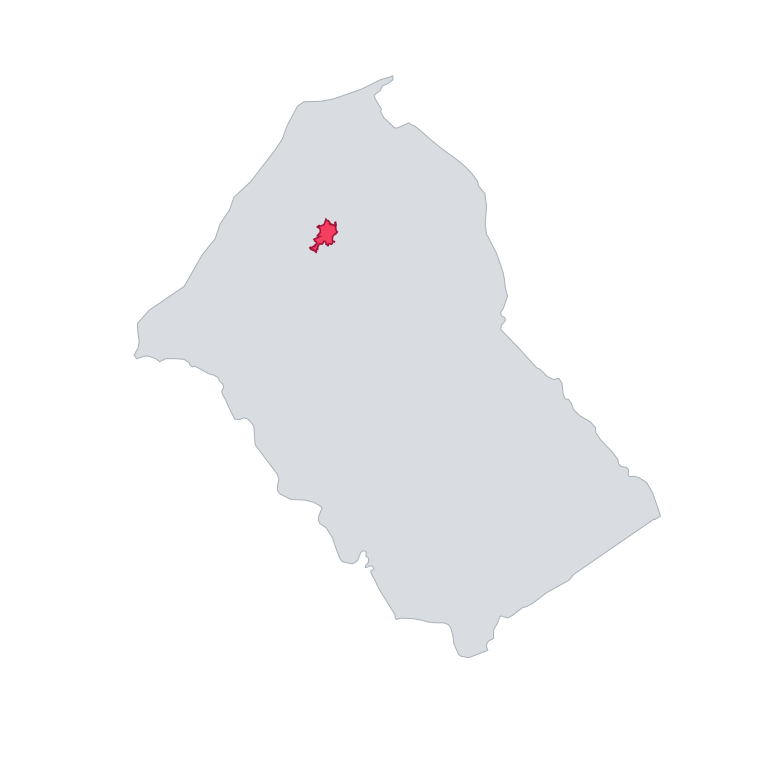 location of Adansi Asokwa, Ashanti, Ghana, rotated 146°
{"feature_id": "2480657B45906044715427", "entity_name": "Adansi Asokwa", "entity_type": "district", "adm_level": 2, "iso_a3": "GHA", "parent_name": "Ghana", "parent_adm1": "Ashanti", "projection": "mercator", "projection_center": [-1.382, 6.167], "detail": "fine", "context": "in_parent", "style": "filled", "palette": "rose", "viewbox_px": 768, "rotation_deg": 146, "n_neighbors": 0, "source": "geoboundaries", "source_scale": "gbopen_adm2", "svg_char_len": 7121}
<svg xmlns="http://www.w3.org/2000/svg" viewBox="0 0 768 768"><g transform="rotate(146 384 384)"><path d="M466.7,109.7L472.2,115.0L473.4,118.0L471.4,129.4L467.4,137.3L464.9,144.8L465.2,148.5L467.7,152.3L476.0,158.1L480.3,161.9L485.4,167.7L491.2,173.3L501.2,180.6L505.4,181.9L505.3,184.0L503.9,186.8L502.9,214.1L502.2,221.1L501.5,224.6L500.5,234.8L499.5,236.3L497.6,236.2L495.9,236.5L495.4,238.6L496.1,240.6L502.1,242.1L500.8,243.7L496.4,245.0L494.3,248.1L495.2,251.6L492.7,254.4L493.4,256.3L495.0,257.7L497.6,257.2L504.6,252.5L507.6,252.0L511.2,252.9L517.9,260.1L518.2,263.6L515.5,275.6L512.8,284.8L512.3,297.1L515.1,304.0L514.7,307.8L511.7,311.1L504.7,315.9L505.3,319.1L508.4,325.2L514.3,331.9L525.7,340.2L531.8,351.1L531.9,355.5L528.4,360.0L524.3,363.8L522.9,369.3L524.8,405.7L515.7,421.4L515.6,425.9L516.5,431.1L518.9,434.3L523.6,435.2L527.3,438.2L526.0,449.3L524.0,460.6L523.7,466.0L522.6,468.6L519.0,470.7L517.7,474.3L518.6,478.6L517.9,481.9L519.9,486.1L524.0,491.3L530.6,504.3L533.1,505.3L534.3,508.1L533.6,510.7L536.1,516.4L543.5,522.2L551.2,527.2L557.5,527.9L559.0,532.4L563.1,538.1L566.1,540.6L570.8,542.2L574.8,543.1L574.9,547.9L567.9,551.2L563.1,556.2L559.5,563.8L554.5,572.1L537.2,576.5L530.5,576.5L495.0,576.7L461.7,593.1L442.6,598.9L430.8,608.1L414.9,614.7L403.9,622.7L380.9,626.5L343.2,639.0L331.4,643.9L319.5,652.6L300.1,662.8L292.5,662.7L277.3,653.2L265.9,648.4L237.9,641.1L217.1,638.3L207.0,635.1L204.3,634.6L206.6,631.2L212.4,630.9L218.5,632.0L223.2,629.4L230.0,629.0L231.7,626.3L232.3,619.4L232.2,613.9L234.6,611.4L235.2,604.8L231.9,590.3L229.5,588.7L217.3,586.6L216.4,583.7L214.2,580.7L211.9,573.2L209.2,562.1L205.0,548.3L196.8,525.5L194.8,517.4L193.4,509.2L193.1,499.4L194.8,495.8L194.5,490.7L193.8,485.7L199.5,474.1L210.8,459.9L213.2,454.7L215.3,451.1L215.6,446.0L217.6,429.5L223.0,409.4L226.4,401.8L228.7,397.8L231.5,391.1L232.2,387.9L242.6,380.1L247.4,378.0L248.5,374.9L246.8,371.5L247.5,369.2L250.0,368.0L253.9,367.1L256.7,363.8L252.3,339.1L248.7,314.4L248.5,312.3L246.4,308.9L244.3,298.7L240.8,292.7L235.9,290.9L235.9,285.3L240.9,275.8L242.2,270.2L239.8,268.5L239.4,264.2L241.1,257.2L240.3,252.8L239.4,248.3L234.2,237.4L233.0,229.7L235.6,225.2L235.6,215.4L232.8,200.2L232.3,190.6L234.2,186.6L233.3,182.8L229.6,179.2L229.3,175.7L232.5,172.3L232.1,169.6L228.1,167.7L224.6,163.0L221.4,155.6L222.1,143.7L228.0,121.8L228.7,120.0L235.4,120.1L235.5,121.0L256.4,120.8L280.3,120.6L308.8,120.3L334.8,120.0L335.9,119.1L340.2,117.9L366.4,120.1L382.8,119.0L389.7,119.7L394.8,121.2L406.1,120.3L412.2,120.8L416.7,126.3L418.6,126.2L421.1,123.9L425.6,121.3L430.2,119.2L433.5,114.9L435.5,111.7L438.5,112.3L442.8,112.1L445.7,109.4L446.8,105.2L466.7,109.7Z" fill="#d9dde1" stroke="#a8b0b8" stroke-width="1"/><path d="M366.3,531.3L366.2,531.4L365.9,531.6L366.0,531.7L365.9,531.9L365.8,532.0L365.7,532.4L365.5,532.7L365.0,532.6L364.9,532.7L365.0,532.8L364.9,532.9L364.6,532.8L364.4,532.9L364.4,533.0L364.2,533.0L364.2,533.3L363.9,533.5L363.8,533.4L363.8,533.6L363.7,533.6L363.4,533.7L363.2,533.7L363.1,533.8L363.0,533.7L362.9,533.7L362.9,533.8L362.8,534.0L362.7,534.1L362.5,534.3L362.4,534.4L362.3,534.5L362.2,534.6L362.1,534.8L361.9,534.9L361.9,535.1L361.7,535.2L361.6,535.4L361.5,535.5L361.4,535.5L361.2,535.5L361.1,535.4L360.9,535.2L360.7,535.3L360.4,535.9L358.8,536.3L358.1,535.4L358.1,535.1L357.2,534.6L357.0,534.8L356.2,534.8L355.7,534.9L355.3,535.1L355.1,535.2L355.1,535.4L355.1,535.5L354.9,535.8L354.7,535.8L354.4,535.9L354.3,536.0L354.1,535.8L353.8,535.8L353.5,535.4L353.2,535.3L353.0,533.9L353.7,532.8L353.6,532.6L354.0,532.1L353.6,531.4L353.3,531.2L353.3,530.9L353.3,530.7L353.1,530.6L353.1,530.4L353.1,530.1L353.2,529.9L353.1,529.7L352.9,529.6L353.0,529.7L352.9,529.8L352.6,529.9L352.5,530.4L352.5,530.8L352.4,530.9L352.0,531.1L351.9,531.1L351.7,530.9L351.3,530.9L351.1,530.8L350.8,530.9L350.6,530.7L350.4,530.5L350.2,530.4L350.1,530.2L350.1,529.9L349.9,529.5L349.7,529.4L349.4,529.4L348.9,529.3L348.5,529.3L347.5,529.8L346.8,530.5L346.2,530.5L346.0,530.3L345.8,530.1L345.7,530.0L345.6,529.9L345.6,529.6L345.4,529.7L345.5,530.1L346.5,531.1L346.6,531.5L346.3,532.3L344.2,534.8L343.6,535.2L341.4,535.9L341.0,535.4L340.5,535.7L339.8,535.4L339.3,535.8L338.0,535.8L337.6,536.1L337.9,536.5L337.8,538.0L337.7,538.1L337.8,538.4L337.8,538.5L337.8,538.9L337.6,538.9L337.6,539.0L337.4,539.2L337.2,539.4L337.0,539.7L336.9,539.8L336.2,541.5L335.9,541.4L335.7,541.5L335.4,542.3L334.8,542.5L334.5,543.1L334.6,543.4L334.6,543.6L334.3,543.9L334.1,544.0L334.1,544.4L333.9,544.6L333.6,545.2L333.8,545.3L334.4,545.4L335.0,544.4L335.2,543.9L335.9,543.6L336.7,543.0L336.9,543.2L336.9,543.5L337.0,543.7L337.0,543.9L337.0,544.1L337.1,544.5L337.5,545.1L337.8,545.2L338.1,545.1L338.4,545.3L338.3,545.6L338.4,545.9L338.4,546.3L338.7,546.3L338.8,546.3L338.9,546.2L339.1,546.1L339.3,546.2L339.6,546.4L339.6,546.7L339.5,546.9L339.5,547.1L339.5,547.3L339.3,547.3L339.1,547.4L339.0,547.5L338.9,547.5L338.7,547.8L338.6,548.5L338.7,549.2L338.9,549.5L338.7,550.1L338.8,550.6L339.1,550.8L339.4,551.0L339.6,551.2L339.6,551.4L339.7,551.6L340.1,551.7L340.1,552.0L340.1,552.7L339.9,552.9L339.9,553.1L343.4,550.5L344.6,549.7L349.1,550.6L349.2,551.8L351.4,551.6L351.4,551.4L351.5,551.3L351.6,551.2L351.5,550.9L351.2,550.9L351.1,550.7L350.6,550.7L350.5,550.4L350.5,550.2L350.3,549.9L350.5,549.7L350.7,549.2L350.6,548.8L350.6,548.7L350.5,548.4L350.4,548.3L350.4,547.9L350.3,547.7L350.7,547.3L351.0,547.0L351.2,546.6L351.4,546.4L351.7,546.0L351.9,545.4L352.2,545.1L352.5,545.1L353.0,545.1L353.3,545.2L353.8,545.0L354.1,544.9L354.5,544.5L354.8,544.5L355.2,544.6L355.4,544.6L355.7,544.5L355.7,544.4L355.8,544.4L356.1,544.3L355.9,544.2L355.8,543.7L355.7,543.6L355.5,543.3L355.4,542.8L355.4,542.7L354.9,542.3L360.2,543.0L361.2,543.2L361.2,542.7L361.3,542.6L361.3,542.4L361.2,541.8L361.2,541.6L361.4,541.4L361.3,541.2L361.3,540.9L361.2,540.8L361.2,540.5L361.2,540.4L360.9,540.1L360.8,539.8L360.7,539.6L360.7,539.4L360.8,539.3L360.8,539.2L360.9,538.8L360.9,538.5L361.0,538.3L361.2,538.1L361.3,537.8L362.0,537.9L362.2,538.0L362.7,537.8L362.9,537.9L363.0,537.9L363.1,538.0L363.3,538.0L363.3,537.9L363.5,537.8L363.7,537.6L363.8,537.5L363.8,537.3L363.7,537.0L364.1,536.8L364.2,536.7L364.4,536.6L364.5,536.7L364.6,536.8L364.9,537.1L365.0,537.0L365.3,537.4L365.4,537.7L365.7,537.7L366.0,537.5L366.4,537.6L366.5,537.6L366.8,537.5L367.0,537.4L367.3,537.3L367.5,537.3L367.6,537.5L367.7,537.4L367.8,537.5L368.0,537.6L368.4,537.7L368.6,537.9L368.6,538.0L369.0,538.3L369.4,538.4L369.4,538.2L369.2,538.1L369.2,537.9L369.0,538.0L369.1,537.8L369.0,537.6L368.9,537.4L369.0,537.2L368.9,537.1L369.1,536.9L368.9,536.9L368.9,536.7L369.0,536.6L369.0,536.4L368.8,536.3L368.8,536.2L368.6,536.1L368.6,535.9L368.3,536.1L368.2,536.1L368.2,535.9L367.9,535.7L368.0,535.6L368.0,535.4L368.0,535.2L367.9,535.1L368.0,535.1L368.0,534.9L367.9,534.9L367.7,534.7L367.8,534.4L367.7,534.4L367.7,534.2L367.5,533.9L367.4,533.9L367.3,533.7L367.1,533.5L367.0,533.4L367.1,533.0L367.0,532.9L366.8,532.8L366.6,532.8L366.7,532.7L366.7,532.4L366.7,532.2L366.8,531.8L366.8,531.7L366.7,531.5L366.8,531.4L366.7,531.1L366.3,531.3L366.3,531.3Z" fill="#f43f5e" stroke="#9f1239" stroke-width="1.5"/></g></svg>